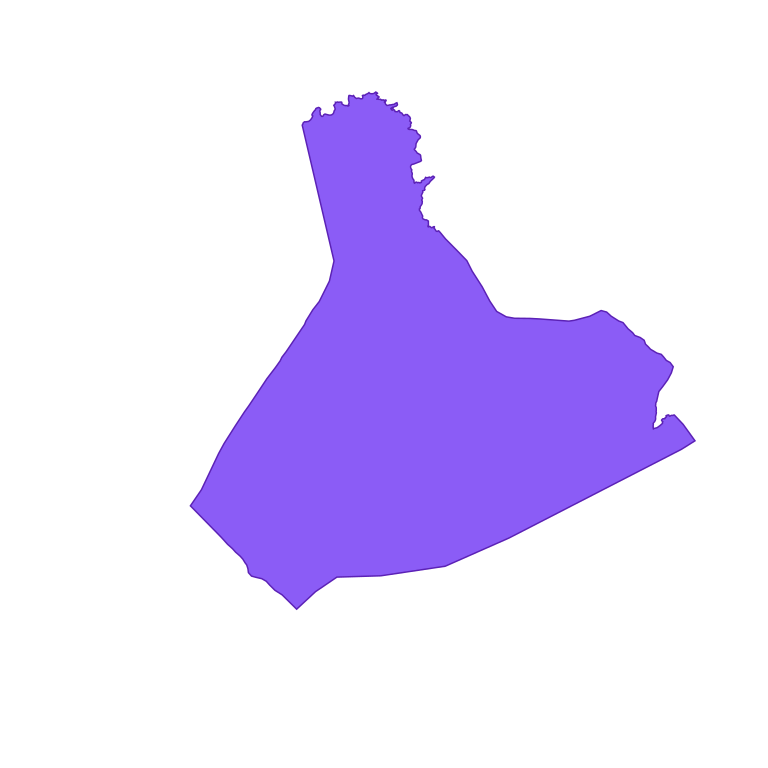 Yahukimo, Papua, Indonesia, rotated 318°
{"feature_id": "22746128B87177062694316", "entity_name": "Yahukimo", "entity_type": "district", "adm_level": 2, "iso_a3": "IDN", "parent_name": "Indonesia", "parent_adm1": "Papua", "projection": "albers", "projection_center": [140.01, -4.389], "detail": "fine", "context": "isolated", "style": "filled", "palette": "violet", "viewbox_px": 768, "rotation_deg": 318, "n_neighbors": 0, "source": "geoboundaries", "source_scale": "gbopen_adm2", "svg_char_len": 6135}
<svg xmlns="http://www.w3.org/2000/svg" viewBox="0 0 768 768"><g transform="rotate(318 384 384)"><path d="M373.9,582.1L561.5,631.6L577.1,634.3L579.3,614.1L579.0,601.3L578.3,600.8L577.6,600.7L577.0,599.9L576.2,599.5L575.3,599.3L574.7,599.0L574.6,598.6L574.9,597.8L574.8,597.4L574.1,596.9L572.5,596.3L572.3,596.4L572.2,597.1L572.1,597.4L571.7,597.4L570.4,597.2L569.6,597.7L569.2,597.5L568.4,596.8L567.9,596.4L566.7,596.4L566.1,596.6L565.8,597.1L566.0,598.5L565.1,599.0L564.6,599.6L561.3,599.6L557.7,599.2L555.0,597.8L554.2,597.6L555.0,596.3L555.4,596.1L555.8,595.3L556.9,594.5L557.7,593.4L559.0,593.1L559.9,593.1L561.7,592.3L562.5,591.7L563.9,590.0L567.1,587.7L567.9,586.4L568.5,586.0L570.3,584.0L570.8,583.2L570.9,582.4L571.3,581.8L571.9,581.4L572.6,580.6L573.6,579.8L575.3,579.2L576.0,578.6L583.2,573.5L589.5,572.4L597.6,570.7L605.0,568.0L610.5,564.7L611.0,559.5L609.6,555.4L609.9,550.7L609.9,547.5L607.5,543.6L605.3,536.5L605.3,533.2L605.0,529.4L606.6,525.6L605.5,520.9L602.8,515.7L603.1,512.4L602.3,506.2L602.7,498.3L600.6,494.2L598.2,485.6L597.6,479.5L594.5,474.7L582.2,471.3L568.2,464.1L563.5,461.0L543.2,439.8L536.3,432.9L525.0,422.5L519.8,415.9L516.3,405.5L518.1,393.2L522.0,377.5L525.0,359.2L528.1,347.8L527.6,334.3L526.8,317.3L527.2,308.4L527.0,307.9L527.1,307.4L527.2,307.1L526.9,306.5L525.6,306.2L525.2,305.6L525.1,305.0L525.5,302.8L525.4,301.7L525.6,301.5L526.5,301.1L526.7,300.8L526.5,300.5L525.7,300.2L524.2,299.9L523.8,299.4L523.5,297.6L523.2,297.3L522.2,297.0L522.0,296.5L522.5,295.9L523.3,295.7L526.0,292.6L525.5,290.6L524.5,289.6L523.5,287.6L523.7,286.3L524.2,285.7L524.8,285.4L525.2,284.9L525.5,283.7L526.4,280.8L526.6,278.6L527.4,277.6L528.0,277.8L528.6,277.5L529.1,276.8L529.8,276.4L532.2,275.8L533.2,275.3L533.7,274.9L533.9,274.5L534.5,274.1L534.9,273.6L534.9,272.9L535.2,272.4L536.3,272.1L537.0,271.7L537.4,269.7L537.7,269.1L538.5,268.6L541.3,267.4L542.0,266.3L542.7,266.5L543.7,267.1L544.5,266.9L544.8,266.1L545.4,265.5L546.1,265.1L546.9,264.8L549.4,264.6L550.3,264.7L550.9,265.0L551.6,265.0L554.0,264.4L558.9,264.3L559.9,264.0L559.7,262.6L559.4,262.3L558.7,262.1L557.4,262.1L556.9,261.8L556.2,261.0L556.1,260.5L554.9,260.1L553.5,259.0L553.2,258.3L550.9,259.1L548.8,258.4L547.6,258.2L547.3,258.7L546.6,259.2L545.9,258.7L545.2,258.6L545.0,257.9L544.5,257.3L543.9,257.1L543.5,256.8L543.4,255.9L542.9,255.4L541.5,255.3L541.0,255.1L541.1,254.5L542.5,252.7L542.8,251.7L542.7,250.8L543.6,248.7L544.4,247.7L545.5,246.9L546.1,246.1L546.4,245.0L546.8,244.3L548.0,243.4L548.2,241.9L548.9,240.5L549.7,239.8L550.7,239.5L551.6,239.5L553.2,240.4L560.4,243.1L561.4,242.9L562.5,240.9L564.1,238.7L564.3,238.1L564.2,237.3L563.9,236.6L563.7,235.7L563.2,234.8L563.5,232.7L563.4,230.1L563.8,229.7L564.9,229.6L566.1,229.2L566.9,228.5L568.7,226.8L572.7,225.4L575.7,225.3L576.5,224.6L576.9,223.9L577.0,223.2L576.6,221.1L576.6,219.6L576.8,218.9L577.3,218.0L577.4,217.2L577.1,216.8L576.2,215.8L575.7,214.6L575.2,213.7L573.0,211.6L572.7,211.0L572.6,210.6L572.7,210.3L573.1,210.1L574.6,210.7L575.4,210.6L576.6,210.0L577.5,208.6L578.7,208.4L579.1,208.2L579.3,207.8L579.1,207.1L579.3,206.5L579.1,205.8L579.9,205.3L581.4,204.2L581.9,202.3L581.6,200.9L581.7,199.5L580.2,198.1L578.6,198.0L578.1,197.4L578.3,196.9L578.3,195.9L578.5,194.9L578.4,194.3L577.6,193.1L577.7,192.6L578.2,191.8L578.1,190.9L577.6,190.6L576.6,190.7L576.1,190.6L574.8,189.3L574.5,188.9L575.1,187.7L575.0,187.1L574.4,186.3L573.7,186.3L573.5,186.2L573.2,185.7L573.2,185.2L573.4,183.9L573.9,183.8L574.7,184.0L575.4,184.0L575.4,184.3L574.8,184.9L574.9,185.3L576.0,184.8L577.1,184.7L577.6,184.9L578.6,185.6L580.2,185.7L580.8,185.5L581.3,184.8L581.8,183.6L581.6,183.5L581.0,183.4L580.5,183.1L579.3,183.0L578.7,182.9L577.2,181.9L575.9,181.2L575.0,180.4L574.1,180.0L572.6,179.0L572.4,177.2L572.9,176.0L573.2,175.6L572.9,175.1L572.9,174.8L573.2,174.6L574.0,175.1L574.8,174.9L575.3,174.7L575.4,174.2L575.1,173.9L574.2,173.5L573.9,173.1L573.7,172.5L573.1,172.4L572.7,171.5L572.0,171.3L571.9,171.0L572.0,170.3L571.9,170.0L570.9,169.3L569.4,167.6L569.6,167.5L570.3,167.8L570.8,167.3L571.5,167.6L572.4,167.4L572.4,167.2L572.0,166.6L572.2,165.7L571.7,164.7L571.6,164.4L571.9,163.5L572.4,163.1L572.6,163.1L573.4,163.7L573.7,163.6L573.6,162.5L573.2,161.5L570.9,161.3L569.3,160.3L568.0,158.8L567.8,158.2L567.8,157.4L566.7,157.4L563.7,156.5L562.9,156.6L562.4,156.2L561.9,155.5L561.4,155.3L561.0,155.2L560.8,155.4L560.9,155.9L559.6,157.2L559.0,157.4L558.3,157.1L557.5,156.4L556.6,154.7L556.2,154.3L554.5,153.3L554.1,151.4L554.4,149.2L554.1,149.1L553.8,149.3L553.4,149.2L551.7,146.7L551.1,146.2L550.7,146.3L550.3,146.6L548.3,148.4L547.6,149.4L546.7,151.1L546.0,151.9L544.4,152.6L544.4,153.2L544.2,153.6L543.3,153.4L542.2,151.6L541.8,151.5L541.1,150.6L540.7,149.9L540.2,147.9L540.3,147.5L541.1,146.4L541.0,146.0L540.7,145.9L540.2,145.2L538.7,144.2L538.3,143.4L537.2,142.9L536.9,142.6L536.7,142.7L536.4,142.6L536.3,142.3L535.8,142.9L535.4,143.1L533.7,143.2L533.0,143.5L533.0,144.3L532.1,146.2L532.0,146.6L531.3,147.3L529.9,147.6L528.0,148.8L527.1,149.1L525.5,149.0L524.7,148.7L523.7,148.0L523.1,147.4L520.8,143.9L519.4,143.6L518.2,144.0L517.7,144.1L517.0,143.7L516.7,143.2L516.8,141.7L517.0,140.9L518.1,139.7L518.6,138.6L519.4,137.9L519.7,137.7L520.4,137.8L520.9,137.4L520.9,135.6L520.6,135.0L520.2,134.5L519.6,134.4L518.7,133.9L518.0,133.9L517.7,133.7L516.3,134.4L515.4,134.3L514.8,134.5L514.4,134.5L512.6,134.9L510.9,135.5L510.5,135.8L510.3,136.5L510.5,136.8L510.4,137.1L509.0,137.9L506.1,138.6L503.6,138.4L502.4,137.5L501.3,136.9L500.8,136.3L500.3,135.9L498.6,135.9L497.5,136.6L497.0,136.6L496.8,136.9L496.1,137.3L495.9,137.9L429.2,259.1L412.3,271.0L391.0,279.4L380.8,281.2L368.2,284.9L364.9,286.6L333.0,294.5L326.0,295.8L322.4,297.3L314.4,299.1L300.5,301.7L283.4,306.1L268.7,309.8L261.8,311.3L245.8,315.5L225.4,321.2L214.6,325.0L177.6,340.4L158.6,345.0L160.5,389.3L160.5,398.4L161.2,405.0L161.2,409.9L161.9,415.5L161.9,419.7L161.1,424.1L160.9,426.6L159.3,430.2L157.0,433.5L157.0,438.1L159.3,441.7L162.9,446.9L164.5,451.8L164.5,457.1L164.9,464.3L167.2,472.5L168.4,492.9L194.2,492.5L219.8,496.0L253.3,524.4L307.6,560.4L373.9,582.1Z" fill="#8b5cf6" stroke="#5b21b6" stroke-width="1.5"/></g></svg>